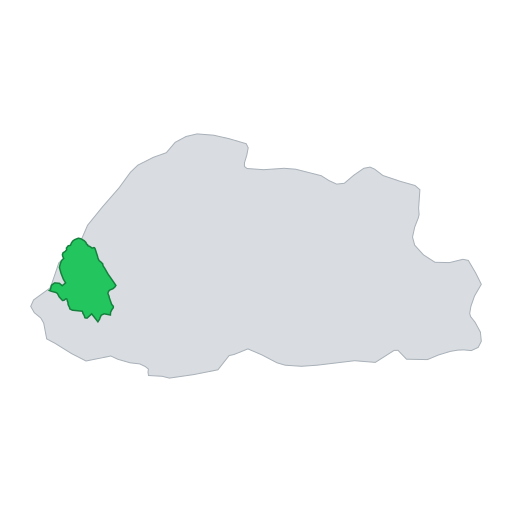 Ha highlighted on a map of Bhutan
{"feature_id": "BTN-2435", "entity_name": "Ha", "entity_type": "District", "adm_level": 1, "iso_a3": "BTN", "parent_name": "Bhutan", "parent_adm1": "", "projection": "orthographic", "projection_center": [89.122, 27.35], "detail": "fine", "context": "in_parent", "style": "filled", "palette": "green", "viewbox_px": 512, "rotation_deg": 0, "n_neighbors": 0, "source": "natural_earth", "source_scale": "10m", "svg_char_len": 2773}
<svg xmlns="http://www.w3.org/2000/svg" viewBox="0 0 512 512"><path d="M419.1,214.5L418.3,217.9L414.7,227.1L412.5,237.1L414.7,245.2L423.4,254.8L435.0,262.3L449.5,262.6L462.9,259.3L468.3,260.4L475.8,273.2L481.3,284.3L474.5,296.0L470.9,306.3L469.7,313.5L470.6,316.6L475.1,322.3L480.4,332.1L481.3,341.3L478.2,347.4L471.3,350.6L463.9,349.9L457.9,350.1L450.2,351.4L438.4,355.0L427.4,359.6L406.5,359.2L398.0,350.3L394.1,350.4L375.3,362.4L354.6,360.7L317.1,365.2L301.4,366.3L285.2,365.2L277.0,362.8L261.7,354.8L247.9,348.9L234.0,354.5L229.1,355.6L217.9,369.8L193.6,374.6L169.4,378.1L162.2,376.3L148.5,375.5L148.0,372.2L148.4,369.0L145.2,366.5L139.7,363.9L130.1,362.8L117.9,359.3L110.8,356.0L86.0,361.0L71.4,353.5L55.0,343.3L46.7,338.9L43.7,323.1L40.8,318.0L34.3,312.7L30.7,306.4L33.6,299.9L50.0,288.0L51.3,285.1L58.9,262.7L69.4,254.6L79.8,243.2L87.6,225.2L102.6,206.7L119.1,187.8L130.4,172.3L137.9,165.1L153.4,157.3L166.3,152.7L175.2,142.3L186.0,136.5L197.1,133.9L213.6,135.2L229.1,138.7L246.2,143.7L248.2,147.8L246.8,155.2L244.5,162.6L244.4,166.4L247.0,168.5L263.7,169.7L284.1,168.3L295.6,169.2L321.2,175.7L328.8,180.5L336.6,184.1L344.3,183.3L353.8,175.2L363.8,168.3L370.1,167.1L374.7,169.2L382.9,175.5L399.8,181.2L415.0,185.5L419.9,189.7L418.6,208.3L419.1,214.5Z" fill="#d9dde1" stroke="#a8b0b8" stroke-width="1"/><path d="M49.3,290.5L50.4,289.6L51.5,285.2L54.6,282.9L59.4,283.3L62.2,285.7L65.6,282.9L63.4,279.3L61.1,273.5L59.4,267.4L60.3,263.8L61.5,260.6L63.7,258.4L63.3,257.6L62.7,256.2L62.4,254.6L63.1,252.7L65.0,251.6L66.7,249.7L66.4,248.1L68.2,245.8L70.5,245.3L71.4,243.0L72.9,240.9L74.6,239.7L78.3,238.2L79.8,238.5L80.2,238.6L80.7,238.7L82.1,239.4L82.8,239.9L84.1,240.6L86.0,242.5L86.4,243.9L87.6,244.7L87.6,245.5L88.7,246.1L89.3,246.2L90.0,246.6L91.7,247.8L92.1,248.0L92.6,248.0L93.1,247.9L93.7,247.6L94.4,247.7L95.1,248.7L97.5,256.2L97.9,258.0L99.1,260.6L100.8,261.9L101.7,262.9L102.6,263.6L103.1,265.9L104.6,268.1L108.2,274.4L110.3,277.3L115.9,285.4L114.8,287.1L113.1,288.6L112.3,289.0L110.3,289.8L109.5,290.3L108.7,291.2L108.2,292.2L107.9,293.5L109.0,296.1L109.3,297.7L110.5,301.1L111.6,304.2L112.2,305.0L113.1,306.0L113.4,306.8L113.2,307.9L112.0,309.5L110.6,312.2L110.4,315.0L104.2,313.8L101.3,315.1L100.0,317.8L99.7,319.0L97.9,321.8L91.7,313.9L87.1,318.1L85.1,317.9L84.7,317.3L84.4,316.0L84.1,315.4L83.9,315.0L83.6,314.4L83.3,314.0L83.0,313.6L82.9,313.1L82.7,312.2L82.2,311.2L72.4,310.2L69.9,309.0L69.7,308.5L69.6,307.9L69.5,307.4L69.2,306.8L68.6,305.7L68.3,305.0L68.1,304.3L68.0,303.8L68.0,303.4L68.0,303.2L68.0,302.8L67.9,302.4L67.7,301.8L67.4,301.2L67.3,300.5L66.8,299.0L66.3,298.8L65.9,298.8L65.1,299.4L64.7,299.7L64.0,300.3L62.5,300.5L59.2,296.9L57.5,293.6L56.9,293.1L55.9,292.5L51.1,291.2L49.3,290.5Z" fill="#22c55e" stroke="#15803d" stroke-width="1.5"/></svg>